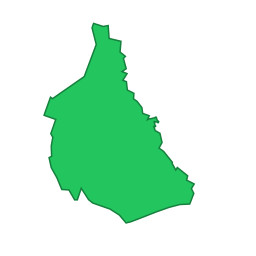 the district of Blount, Alabama, United States of America, rotated 109°
{"feature_id": "52423323B18752105909631", "entity_name": "Blount", "entity_type": "district", "adm_level": 2, "iso_a3": "USA", "parent_name": "United States of America", "parent_adm1": "Alabama", "projection": "natural_earth1", "projection_center": [-86.638, 34.013], "detail": "fine", "context": "isolated", "style": "filled", "palette": "green", "viewbox_px": 256, "rotation_deg": 109, "n_neighbors": 0, "source": "geoboundaries", "source_scale": "gbopen_adm2", "svg_char_len": 1555}
<svg xmlns="http://www.w3.org/2000/svg" viewBox="0 0 256 256"><g transform="rotate(109 128 128)"><path d="M37.6,180.1L40.1,184.6L40.3,194.6L45.0,194.6L59.4,185.2L85.6,185.9L93.6,186.1L124.8,208.9L124.1,211.3L140.5,211.5L143.3,211.5L143.4,199.1L158.6,199.1L161.2,196.1L170.0,194.7L179.6,191.0L181.7,193.0L190.4,187.7L198.2,179.0L207.7,170.6L205.8,163.7L213.3,155.1L212.4,152.5L200.2,152.6L208.6,141.9L210.4,137.0L210.5,118.6L213.1,107.9L218.4,98.9L215.6,94.6L197.9,73.7L195.6,70.8L189.5,63.1L187.3,59.8L183.5,54.1L179.8,44.9L177.4,44.8L168.4,44.5L164.7,48.3L159.4,47.2L158.2,55.6L153.8,56.0L149.3,68.5L152.2,69.1L147.1,74.8L146.0,74.9L138.6,86.6L136.9,92.1L130.6,91.1L122.6,96.1L121.6,101.4L121.1,101.9L120.7,102.1L119.6,102.9L118.9,103.5L118.6,103.8L118.3,104.1L118.0,104.0L117.9,103.8L118.0,103.3L117.8,102.8L117.7,102.6L117.3,102.5L117.1,102.5L116.9,102.7L116.5,103.5L116.0,103.8L115.0,104.2L114.5,104.5L113.9,105.3L113.5,105.4L113.3,105.3L113.2,105.1L113.2,103.9L112.9,103.2L112.9,102.9L113.2,102.2L113.2,101.7L113.2,101.3L113.0,101.1L112.7,101.1L112.2,101.0L111.9,101.1L111.7,101.7L111.3,102.5L111.1,102.9L110.3,103.6L109.1,104.4L108.6,104.8L108.6,105.0L108.7,105.4L109.2,105.9L109.7,106.1L110.2,107.0L110.7,107.9L111.2,108.6L111.7,109.3L111.8,109.6L112.1,110.3L112.4,110.8L113.8,112.3L109.5,111.9L109.4,118.9L104.2,121.5L99.8,128.2L98.7,132.2L93.3,133.7L92.3,141.0L84.7,144.6L84.6,148.4L76.9,146.6L76.6,152.0L72.5,149.0L63.7,155.0L61.1,153.8L58.8,160.2L48.3,162.9L49.5,175.0L37.6,180.1Z" fill="#22c55e" stroke="#15803d" stroke-width="1.5"/></g></svg>